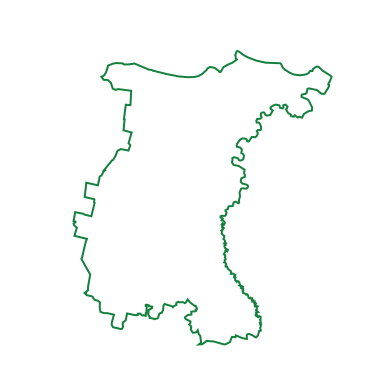 the district of Tulangbawang, Lampung, Indonesia, rotated 282°
{"feature_id": "22746128B49188423555547", "entity_name": "Tulangbawang", "entity_type": "district", "adm_level": 2, "iso_a3": "IDN", "parent_name": "Indonesia", "parent_adm1": "Lampung", "projection": "orthographic", "projection_center": [105.482, -4.399], "detail": "fine", "context": "isolated", "style": "outline", "palette": "green", "viewbox_px": 384, "rotation_deg": 282, "n_neighbors": 0, "source": "geoboundaries", "source_scale": "gbopen_adm2", "svg_char_len": 5954}
<svg xmlns="http://www.w3.org/2000/svg" viewBox="0 0 384 384"><g transform="rotate(282 192 192)"><path d="M299.6,292.0L305.8,287.1L306.7,285.5L307.7,279.5L309.0,279.0L310.3,279.4L311.5,282.5L312.6,283.5L316.9,283.5L317.7,284.9L317.7,293.1L315.0,298.3L315.6,301.2L323.4,304.0L325.2,303.8L325.2,303.1L326.7,302.9L329.0,303.9L333.6,304.6L334.5,303.6L337.8,294.6L340.8,289.6L340.6,288.0L339.2,286.3L337.2,284.7L335.4,284.6L334.9,282.3L332.3,281.2L330.6,278.7L328.6,273.5L328.1,267.3L329.0,262.7L331.0,257.4L332.8,254.7L335.6,252.7L336.3,251.7L333.8,237.0L333.9,227.5L335.3,218.6L336.7,213.8L339.1,208.8L339.3,207.1L339.0,206.5L334.9,205.8L334.6,206.2L331.9,207.0L330.9,208.4L326.6,204.4L324.4,201.0L320.6,196.7L315.6,195.2L315.1,193.9L316.3,192.5L318.2,188.0L318.1,183.8L316.1,181.5L314.6,181.0L309.8,177.6L306.7,174.2L304.9,170.1L303.4,164.0L302.3,155.2L302.1,143.2L302.6,128.1L303.1,127.2L302.7,124.6L305.7,109.1L303.9,104.4L302.6,98.9L303.4,97.4L302.3,90.8L301.2,88.2L298.3,83.7L291.0,83.0L287.5,81.6L285.9,79.4L283.4,82.3L284.0,86.7L281.7,90.1L276.6,93.0L276.0,95.9L277.3,98.4L278.4,111.5L264.2,113.7L263.6,109.1L249.0,110.3L249.0,111.0L238.1,112.2L237.7,120.6L226.5,119.8L225.2,121.8L223.7,121.8L219.3,121.2L219.2,113.5L217.2,111.0L216.1,110.4L211.4,109.7L206.8,108.1L206.2,107.1L194.8,101.3L194.8,102.2L193.5,101.2L189.7,100.2L187.8,98.5L179.0,98.6L179.1,86.7L164.8,88.1L164.6,98.0L161.6,98.4L161.2,99.0L147.4,98.6L147.5,91.6L148.1,90.4L148.0,82.0L138.9,82.2L138.9,84.1L138.2,84.3L136.3,82.8L135.0,83.6L133.1,86.8L124.7,86.1L124.3,99.0L121.1,98.4L106.0,98.1L103.6,97.7L90.1,109.6L78.2,110.0L74.2,110.7L70.1,107.3L71.6,109.4L69.7,109.7L69.2,110.5L69.2,115.4L68.7,116.7L66.3,119.0L66.1,122.4L64.9,124.9L60.4,125.6L55.8,127.3L55.2,130.8L55.9,134.6L55.8,141.2L47.6,140.7L45.3,141.1L43.3,142.9L43.2,151.4L43.7,152.1L46.0,152.6L48.0,151.7L50.2,151.7L52.6,153.8L59.7,153.8L59.7,161.6L60.2,164.5L61.8,164.5L62.3,166.9L61.3,168.0L60.9,169.5L61.4,170.3L61.3,172.4L63.9,172.0L64.0,172.5L70.3,171.6L71.2,171.4L70.9,170.4L71.8,170.2L72.4,171.1L72.2,173.4L71.3,173.7L71.6,176.9L69.8,176.9L67.7,174.1L62.8,174.8L61.0,176.7L60.0,176.7L60.2,180.6L59.7,181.5L61.4,184.8L66.2,185.4L67.2,186.4L67.4,187.4L70.5,188.3L74.9,187.7L76.7,188.4L76.1,196.3L75.3,197.3L76.8,198.2L78.3,200.2L80.2,199.7L81.8,201.3L81.4,202.4L82.4,206.2L81.8,208.1L82.4,208.8L86.0,210.2L83.3,213.5L81.1,218.6L81.4,219.2L79.7,220.6L78.7,221.0L78.3,220.7L78.3,221.1L76.2,220.6L74.8,216.2L72.0,216.9L71.0,213.9L70.2,212.9L68.2,211.3L67.2,211.4L66.3,212.5L65.3,217.0L64.7,217.6L63.2,217.5L61.8,216.8L60.3,219.3L57.5,219.3L54.6,221.9L55.0,224.0L56.1,225.6L58.0,226.4L54.3,228.2L53.0,230.0L46.5,232.2L44.3,230.4L45.2,233.6L49.4,237.4L50.3,244.3L49.6,255.0L50.1,256.6L53.1,260.3L58.6,261.2L59.0,264.7L60.9,264.7L59.7,270.7L59.5,275.3L59.8,276.3L62.6,275.4L63.7,275.4L64.6,276.2L65.1,277.3L64.4,281.1L63.2,283.7L63.1,284.7L64.1,285.6L65.8,286.4L70.1,286.6L70.7,288.1L73.2,287.0L75.5,287.2L76.4,286.4L77.1,287.1L78.1,286.6L77.7,286.1L78.2,285.5L79.5,286.0L80.7,285.7L81.2,285.1L82.0,285.5L83.9,285.2L84.7,283.5L83.3,282.7L83.7,281.7L84.9,281.2L84.2,280.5L84.4,280.0L85.2,279.8L85.3,280.4L87.1,279.8L88.2,281.7L89.2,279.3L90.1,279.3L90.4,279.8L92.6,279.3L93.6,279.9L93.4,278.6L94.0,278.7L94.2,278.0L93.3,278.1L93.2,277.3L95.4,276.6L95.6,277.5L96.3,277.8L96.5,276.5L97.6,276.2L97.0,275.6L97.6,275.3L97.4,274.0L98.7,274.5L98.6,273.1L100.5,272.9L100.1,271.9L100.7,271.2L100.0,270.7L100.4,269.3L102.9,268.1L103.4,267.1L102.8,266.4L103.5,265.8L103.8,263.0L105.0,262.3L106.1,262.7L106.6,261.9L107.6,262.3L108.1,260.4L108.7,261.0L109.3,260.7L109.3,261.5L109.9,261.6L110.1,260.3L109.6,259.3L110.1,258.8L110.5,259.5L110.9,258.3L110.4,258.4L110.5,257.7L111.2,258.2L113.8,256.9L114.4,255.5L113.7,254.8L114.1,254.7L114.0,253.7L114.6,252.6L116.3,252.2L116.6,251.7L117.2,252.1L117.2,251.0L117.6,250.8L118.6,250.8L118.5,251.4L119.8,251.7L120.7,249.0L120.0,247.1L121.4,247.1L122.7,246.3L124.3,243.1L126.3,241.9L126.0,240.4L127.3,240.1L128.5,240.5L129.9,239.2L129.9,238.3L130.4,238.6L132.1,238.1L132.6,238.7L133.4,238.9L134.8,237.8L136.3,237.9L136.9,237.1L137.6,237.1L137.9,236.1L141.4,237.2L142.1,236.3L141.2,238.8L142.8,239.1L143.8,236.2L144.7,235.9L145.3,235.0L146.4,235.0L147.2,235.8L148.3,234.2L148.9,235.8L150.3,234.6L151.5,234.2L152.6,232.5L154.4,233.0L155.7,232.7L157.3,229.8L160.0,229.4L160.3,228.7L163.3,230.7L164.1,229.4L163.0,229.7L163.6,228.8L165.0,228.5L166.0,229.5L166.5,227.9L167.5,228.4L167.1,228.7L167.0,230.2L168.8,230.6L170.4,228.7L170.5,226.9L172.4,227.6L173.1,225.2L174.2,225.0L174.9,226.0L175.4,228.8L176.1,229.8L179.3,230.0L180.2,228.8L181.2,228.5L182.9,230.7L185.0,230.6L185.7,231.1L186.8,234.7L188.6,235.0L189.5,234.7L191.1,235.5L191.7,237.2L190.6,239.2L190.7,239.9L191.6,240.3L193.8,239.6L197.7,239.9L201.4,238.6L205.3,239.4L206.1,240.3L206.5,244.3L207.6,245.4L209.2,245.7L210.0,245.2L210.5,244.0L210.8,239.2L212.3,237.5L215.6,237.4L217.8,240.5L219.5,240.3L221.3,239.0L224.7,238.8L227.2,232.2L227.1,227.5L227.4,226.7L229.5,224.8L231.7,225.0L233.5,224.4L234.6,225.7L234.8,226.6L234.4,230.1L232.9,231.3L232.8,232.4L233.3,233.9L234.6,235.3L237.9,235.4L239.5,234.4L240.4,232.1L243.9,232.0L245.6,229.6L245.6,226.5L246.4,226.0L248.5,226.0L253.3,228.2L254.3,229.3L255.0,230.5L255.2,233.6L254.9,234.4L253.1,235.5L253.1,236.7L253.7,237.3L258.3,239.0L258.8,242.7L260.9,244.0L263.5,244.1L265.0,242.7L266.2,243.5L267.0,246.3L268.0,246.5L270.4,245.9L273.5,243.6L273.8,242.7L273.4,240.8L274.9,240.1L277.0,240.6L277.9,243.6L279.0,244.5L279.9,244.4L281.6,243.1L283.7,243.4L284.6,244.6L284.7,246.2L282.6,247.9L282.3,249.3L283.6,252.5L288.5,254.1L289.8,251.4L290.8,251.3L292.2,252.2L294.2,254.3L294.9,255.9L294.9,259.5L292.7,260.7L292.6,263.3L293.5,263.8L295.9,263.3L296.9,265.3L295.4,267.7L293.9,267.6L292.3,266.7L289.1,269.8L288.4,272.5L286.7,273.3L286.9,276.0L288.4,276.6L286.8,280.0L287.9,281.1L287.6,284.2L291.5,285.2L294.9,288.7L296.6,292.3L299.6,292.0Z" fill="none" stroke="#15803d" stroke-width="2"/></g></svg>